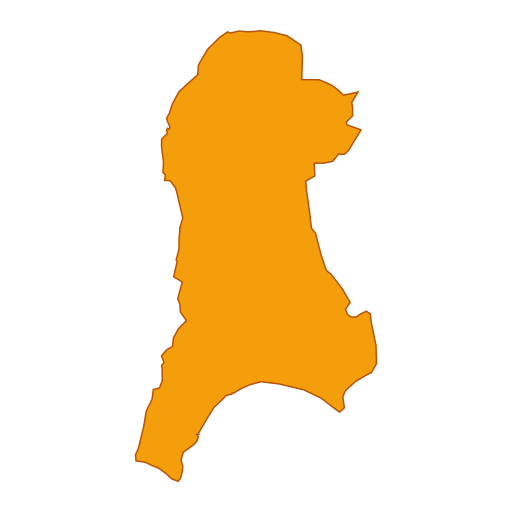 Jorquelleh, Bong, Liberia
{"feature_id": "62588387B10332133917800", "entity_name": "Jorquelleh", "entity_type": "district", "adm_level": 2, "iso_a3": "LBR", "parent_name": "Liberia", "parent_adm1": "Bong", "projection": "mercator", "projection_center": [-9.438, 6.901], "detail": "fine", "context": "isolated", "style": "filled", "palette": "amber", "viewbox_px": 512, "rotation_deg": 0, "n_neighbors": 0, "source": "geoboundaries", "source_scale": "gbopen_adm2", "svg_char_len": 3126}
<svg xmlns="http://www.w3.org/2000/svg" viewBox="0 0 512 512"><path d="M375.8,344.5L374.7,339.3L371.3,322.5L370.8,318.3L370.3,313.8L366.2,311.2L359.1,314.8L356.3,317.1L350.9,316.9L347.3,314.3L346.1,310.7L345.5,309.2L350.1,302.5L349.6,301.5L344.4,292.4L342.5,289.1L342.4,289.0L332.4,276.0L331.2,274.5L326.4,270.4L324.5,265.0L321.0,254.7L320.7,253.4L317.4,240.7L315.6,233.4L311.5,228.2L310.8,222.7L309.5,211.5L309.1,209.2L308.1,201.7L306.4,189.9L305.8,181.1L306.0,181.1L310.7,178.3L314.6,176.1L314.8,176.0L314.3,163.2L324.0,163.1L324.6,163.0L332.7,161.3L334.3,159.3L337.5,155.4L338.5,154.1L344.2,154.4L344.9,153.8L346.0,152.8L348.3,150.8L355.9,138.3L360.7,130.4L361.0,129.9L347.0,124.8L346.7,124.0L346.2,122.2L352.6,115.8L352.6,113.5L352.6,108.3L351.8,102.2L352.7,100.8L355.9,95.7L357.9,92.0L357.5,92.2L343.4,95.2L338.5,90.3L331.1,84.9L322.9,81.3L321.8,80.9L319.3,79.8L302.9,79.6L301.7,79.6L301.8,75.8L302.4,56.7L302.4,56.3L301.4,49.1L301.2,47.1L300.9,45.1L287.1,35.8L283.5,34.9L274.1,32.5L263.5,31.2L260.0,30.7L259.7,30.8L254.1,31.5L246.7,31.8L239.3,31.0L238.4,31.2L232.6,32.5L230.6,33.1L228.7,32.4L227.5,31.9L224.1,34.3L219.9,37.2L211.1,45.8L210.8,46.1L207.6,49.3L198.4,65.0L198.3,66.6L197.7,74.8L187.0,84.3L186.3,84.9L178.8,92.0L172.4,103.9L172.2,104.4L171.1,107.8L169.4,113.1L166.6,118.2L167.4,121.2L167.6,121.6L169.9,126.8L169.1,129.3L167.3,128.3L166.6,130.9L167.6,133.2L163.5,137.3L162.8,138.0L161.7,139.1L161.6,142.2L161.5,145.6L162.2,152.2L162.7,155.5L163.5,161.5L163.5,163.0L163.4,164.2L163.2,169.3L163.1,170.3L163.0,172.6L163.8,173.3L165.3,174.9L164.6,180.3L170.2,180.8L170.7,181.5L171.4,182.3L172.4,183.7L175.6,188.0L176.7,192.2L177.1,193.6L178.2,198.4L181.9,214.2L182.0,214.7L182.8,218.1L179.7,228.1L179.7,228.3L180.1,228.3L179.6,229.0L179.8,231.3L179.0,238.8L179.0,249.1L177.3,255.7L176.1,259.7L177.2,261.5L177.1,261.8L173.6,276.9L178.0,279.3L180.9,281.1L181.4,281.5L181.8,281.8L182.3,282.1L179.8,290.8L178.6,295.5L177.7,298.8L180.0,304.7L180.3,311.9L186.4,320.6L185.8,321.3L178.8,328.3L178.3,328.9L173.4,338.1L173.3,339.7L172.4,346.6L171.8,346.9L167.1,349.4L162.8,354.3L161.5,355.9L164.0,362.3L161.7,365.4L162.2,370.3L162.2,370.8L162.3,380.6L159.5,387.9L153.7,389.5L153.3,389.6L152.1,399.1L146.9,409.8L146.2,411.4L144.5,421.9L143.7,426.6L142.2,432.5L139.1,445.6L138.3,448.7L135.9,453.9L135.5,454.6L136.0,460.9L145.5,462.3L152.1,465.6L154.5,466.5L158.8,468.2L166.7,474.1L171.8,479.0L178.0,481.2L178.2,481.3L180.5,478.2L182.3,471.5L182.8,466.1L181.0,460.2L183.3,452.2L184.9,451.1L189.4,447.9L191.7,446.1L193.5,444.8L197.0,440.9L198.3,436.5L196.7,434.3L198.0,434.2L198.5,434.2L198.2,433.9L202.0,427.1L207.6,417.7L208.1,416.8L208.4,416.4L208.8,415.7L213.7,407.7L222.1,399.7L226.4,395.3L231.9,394.1L232.3,393.0L233.8,393.1L239.9,389.2L250.1,384.6L257.0,382.8L257.2,382.7L261.1,381.7L279.5,384.0L297.8,388.4L304.2,389.9L306.9,391.3L314.2,394.8L321.1,398.1L331.1,405.8L338.2,411.2L339.7,412.1L344.3,407.9L343.7,403.2L343.2,399.7L342.8,396.6L345.6,390.4L348.8,387.5L355.8,381.2L368.3,374.0L369.9,373.3L371.4,372.7L376.0,364.5L376.5,363.7L376.0,345.4L375.8,344.5Z" fill="#f59e0b" stroke="#b45309" stroke-width="1.5"/></svg>